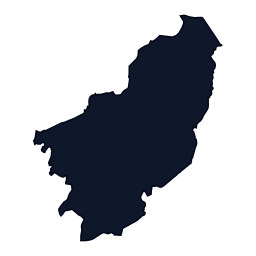 Constantin Daicoviciu, Caras-Severin, Romania (Albers equal-area conic projection)
{"feature_id": "2599482B96346820083333", "entity_name": "Constantin Daicoviciu", "entity_type": "district", "adm_level": 2, "iso_a3": "ROU", "parent_name": "Romania", "parent_adm1": "Caras-Severin", "projection": "albers", "projection_center": [22.174, 45.533], "detail": "fine", "context": "isolated", "style": "filled", "palette": "ink", "viewbox_px": 256, "rotation_deg": 0, "n_neighbors": 0, "source": "geoboundaries", "source_scale": "gbopen_adm2", "svg_char_len": 5684}
<svg xmlns="http://www.w3.org/2000/svg" viewBox="0 0 256 256"><path d="M142.7,215.7L144.3,214.9L144.7,214.2L145.2,213.0L144.5,212.1L143.5,211.3L143.3,211.0L143.4,210.4L143.6,209.8L144.0,209.6L144.0,208.3L144.1,207.8L144.3,207.3L145.1,206.0L145.3,205.5L145.3,204.9L145.3,204.0L145.2,203.5L144.8,202.7L144.2,202.1L143.2,201.6L142.7,201.4L142.0,200.9L141.6,200.4L141.1,199.6L140.9,198.7L140.6,196.9L140.7,196.3L141.4,194.7L142.6,192.5L143.0,191.6L143.9,191.0L144.1,190.8L144.4,190.3L144.5,190.2L145.1,191.6L145.4,191.5L146.1,193.1L146.5,193.6L146.7,193.9L146.8,194.6L147.0,194.9L147.6,195.7L147.9,195.9L148.2,195.5L149.5,195.2L149.9,194.5L151.0,194.3L151.2,193.2L151.2,192.7L151.2,191.1L151.7,188.4L151.8,187.7L151.9,186.8L151.9,186.6L152.8,186.1L153.1,185.7L153.9,186.2L154.9,186.4L155.2,186.3L155.7,185.9L156.0,185.9L156.1,185.6L156.5,185.8L156.9,185.8L157.3,186.0L158.1,186.5L159.9,187.0L160.4,187.1L161.8,186.9L163.1,186.1L165.1,184.6L165.7,183.9L169.0,181.3L172.8,178.0L175.7,175.7L177.2,174.3L177.4,174.0L178.0,173.4L179.0,172.7L180.1,172.2L180.3,171.7L182.4,169.9L187.0,166.2L188.6,164.8L189.8,163.8L190.5,163.6L191.0,163.1L190.9,162.6L190.9,162.3L191.1,162.0L191.3,161.4L191.5,160.0L191.5,159.4L191.6,159.0L191.9,158.5L191.9,158.2L192.0,158.0L192.0,157.9L192.0,157.5L192.4,157.5L192.4,157.3L192.6,157.2L192.5,156.7L193.0,155.8L193.9,152.7L194.4,150.7L194.6,150.1L195.0,148.2L195.6,146.6L196.4,144.8L196.6,143.0L196.4,140.8L196.2,140.3L196.2,139.9L195.7,138.9L195.4,138.7L195.2,138.2L194.8,137.7L194.8,137.4L195.0,136.7L195.0,136.4L194.4,134.9L194.4,134.6L194.0,133.4L193.6,132.9L193.6,131.9L192.3,130.8L192.2,130.5L192.4,129.9L192.6,129.6L193.0,128.8L194.1,127.5L194.9,127.2L196.1,127.8L196.2,127.0L196.5,126.5L196.5,124.9L196.7,124.5L197.5,123.2L197.9,122.9L198.6,122.1L200.0,121.2L200.9,120.2L202.5,117.7L202.7,117.2L202.8,116.5L204.1,114.5L204.4,113.5L204.9,113.3L207.2,109.6L207.9,108.0L208.2,106.4L208.3,103.3L208.0,101.9L208.3,101.2L208.1,99.6L208.2,98.6L209.5,97.3L209.9,95.7L210.8,95.1L211.3,94.7L211.5,93.8L211.5,92.2L211.2,91.4L211.6,90.1L212.4,89.4L213.0,88.6L213.0,88.1L212.0,86.8L211.8,85.8L212.1,84.3L212.2,83.2L211.9,80.3L212.0,79.5L212.5,78.9L212.9,78.1L213.0,77.3L212.5,76.1L212.5,74.5L212.7,73.6L213.3,72.8L213.6,72.3L212.9,70.7L214.4,68.5L214.9,67.4L215.2,66.3L215.2,64.6L214.9,63.2L214.3,62.2L212.2,59.5L211.1,57.5L210.2,56.3L212.9,53.7L213.3,53.0L213.5,50.8L213.7,50.5L214.6,50.1L215.3,49.7L215.7,49.2L215.8,47.7L216.1,47.1L216.6,46.6L217.6,46.0L218.3,45.8L220.2,45.8L221.7,45.4L222.3,45.4L220.9,44.8L219.7,43.8L216.9,39.2L202.8,18.2L202.0,17.6L201.0,17.5L197.7,17.6L194.7,17.8L188.8,16.8L185.2,15.5L183.5,15.4L180.4,15.9L183.8,21.4L183.7,23.5L182.1,27.6L179.4,32.6L176.4,35.6L172.2,37.1L159.8,35.6L156.6,38.8L153.6,41.0L152.1,41.4L150.7,40.9L149.7,43.2L148.6,44.7L145.2,46.0L141.1,48.4L138.4,50.7L138.4,52.7L138.1,55.6L136.7,58.7L129.3,66.2L129.2,70.3L129.2,74.8L128.7,76.8L129.7,78.8L128.4,87.9L126.5,89.3L124.2,90.6L122.8,92.2L121.1,94.7L117.7,95.3L114.7,95.0L112.9,91.8L107.7,93.7L107.4,92.9L105.4,93.2L101.5,94.4L101.4,94.3L100.6,94.6L99.0,94.4L98.6,94.6L98.3,94.4L97.4,94.9L97.3,95.4L96.5,94.8L95.4,93.6L92.7,96.0L92.4,95.2L91.2,95.9L90.3,96.7L89.1,99.5L89.3,100.6L89.6,101.2L88.9,101.5L88.9,101.9L89.6,102.7L89.0,103.5L89.0,104.1L89.3,104.2L89.4,104.7L89.3,105.1L89.6,106.1L89.3,106.8L89.0,106.8L88.1,106.2L87.8,106.2L87.4,106.9L87.5,107.1L87.8,107.1L88.0,107.3L87.6,108.0L87.0,108.4L87.0,108.9L86.8,109.2L86.4,109.4L86.1,109.9L85.5,110.4L84.7,110.0L84.5,110.5L84.5,111.1L84.5,111.8L84.3,113.0L83.6,113.6L79.7,115.6L79.6,115.8L78.4,116.2L74.6,118.3L70.2,120.0L64.4,122.4L61.5,123.0L45.5,130.8L44.4,130.4L40.6,132.3L40.6,132.5L36.7,131.4L36.7,131.0L36.6,130.9L36.2,130.9L35.6,135.9L35.3,137.2L34.8,139.0L34.2,140.2L33.7,140.5L34.8,144.4L34.9,144.5L35.7,143.1L37.9,144.0L40.3,144.0L42.7,142.2L44.2,142.7L44.9,145.4L44.4,146.5L42.9,146.6L41.5,149.9L42.1,151.1L42.5,151.0L43.3,151.6L43.4,152.1L44.7,152.4L45.9,150.0L46.8,148.8L48.0,147.3L48.6,146.8L50.2,147.0L51.4,148.1L51.2,149.1L52.0,151.1L51.6,153.0L51.3,156.4L48.7,162.8L49.5,165.5L51.3,165.1L51.9,165.1L52.2,165.8L52.3,166.8L52.1,167.4L51.8,167.9L51.2,168.2L50.8,168.7L50.8,170.2L50.9,170.4L50.8,170.5L50.9,170.9L51.0,171.2L51.3,171.8L50.5,171.7L50.2,172.0L51.1,172.7L50.9,172.9L49.6,172.9L49.5,173.2L50.0,174.0L50.3,174.7L51.5,175.2L53.1,173.7L54.0,173.0L54.6,172.3L56.5,173.7L58.1,174.7L59.3,175.7L59.8,175.6L60.6,176.2L62.0,176.6L62.7,177.1L64.0,176.7L65.6,175.7L66.6,175.6L66.5,178.9L66.6,179.6L66.4,180.1L66.4,180.8L66.3,181.3L66.1,182.1L65.7,182.1L65.8,183.6L68.0,184.1L70.2,184.2L71.2,184.5L71.7,185.8L71.8,186.4L72.0,188.1L72.1,189.9L70.5,192.5L69.6,193.5L67.6,199.1L66.4,200.6L64.2,201.9L61.0,205.8L58.9,209.1L58.9,210.5L59.9,214.2L61.0,215.8L62.8,213.9L64.6,211.1L65.7,210.6L68.9,210.1L70.4,209.7L71.9,209.1L76.9,213.2L78.5,214.7L81.4,216.2L83.7,218.6L84.0,219.3L84.1,220.0L82.2,223.6L81.6,225.4L81.5,226.5L81.6,227.6L81.7,228.8L81.9,229.9L80.9,236.1L81.0,239.0L80.8,240.6L85.6,240.6L90.4,239.8L93.5,238.6L97.3,236.0L101.2,233.5L102.4,232.9L103.7,232.5L104.6,232.6L106.2,233.3L107.3,233.4L108.0,233.7L108.2,233.2L108.5,233.1L108.9,233.0L109.6,233.3L110.0,233.0L110.4,232.5L111.0,232.5L111.3,232.4L111.7,232.6L112.1,233.0L112.5,233.1L114.1,233.9L114.3,234.3L114.3,234.7L114.3,234.8L114.8,235.0L115.3,234.8L115.8,234.9L116.2,234.8L116.9,235.0L120.9,235.2L120.9,234.6L121.4,233.5L122.1,230.3L122.4,229.0L122.5,228.5L124.3,227.4L129.5,224.6L130.6,223.9L132.2,223.0L133.1,222.6L133.3,222.6L134.9,221.6L137.7,219.9L137.9,219.8L138.1,219.4L138.8,218.6L139.0,218.1L139.5,218.0L139.8,217.7L140.5,217.7L141.0,216.9L141.8,215.8L142.7,215.7Z" fill="#0f172a" stroke="#020617" stroke-width="1.5"/></svg>